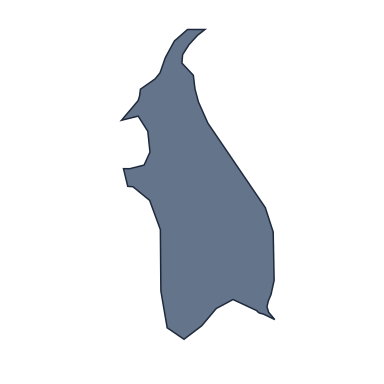 SVG path tracing the border of Gorizia, rotated 156°
{"feature_id": "ITA-5457", "entity_name": "Gorizia", "entity_type": "Province", "adm_level": 1, "iso_a3": "ITA", "parent_name": "Italy", "parent_adm1": "", "projection": "albers", "projection_center": [13.498, 45.841], "detail": "fine", "context": "isolated", "style": "filled", "palette": "slate", "viewbox_px": 384, "rotation_deg": 156, "n_neighbors": 0, "source": "natural_earth", "source_scale": "10m", "svg_char_len": 798}
<svg xmlns="http://www.w3.org/2000/svg" viewBox="0 0 384 384"><g transform="rotate(156 192 192)"><path d="M168.2,41.7L176.4,51.4L179.4,53.8L180.0,54.5L180.5,55.4L180.9,56.3L181.1,57.3L198.3,77.1L217.2,75.7L237.6,65.8L255.9,61.5L259.2,60.7L269.9,78.0L265.2,96.6L260.7,114.2L255.1,127.1L236.2,170.5L234.1,201.6L239.3,211.9L243.8,220.8L248.4,223.3L245.1,241.2L239.4,238.6L224.8,236.1L214.2,245.5L207.7,265.4L210.3,283.2L227.2,286.2L204.0,297.4L200.8,301.1L197.3,306.9L179.8,310.3L172.8,313.8L161.7,325.6L146.7,337.1L130.0,342.3L114.1,335.2L123.2,332.9L134.7,327.9L144.7,321.3L148.8,313.8L143.3,298.1L147.4,284.8L149.5,271.5L149.5,248.4L131.4,147.9L134.1,122.4L152.9,77.9L161.5,66.2L166.6,61.4L170.2,56.7L170.9,50.9L168.3,41.8L168.2,41.7Z" fill="#64748b" stroke="#1e293b" stroke-width="1.5"/></g></svg>